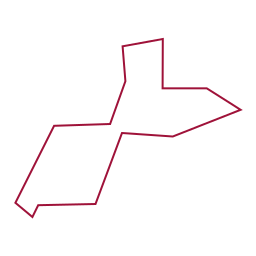 an SVG outline of Stoney Ground
{"feature_id": "AIA-5123", "entity_name": "Stoney Ground", "entity_type": "District", "adm_level": 1, "iso_a3": "AIA", "parent_name": "Anguilla", "parent_adm1": "", "projection": "albers", "projection_center": [-63.024, 18.252], "detail": "fine", "context": "isolated", "style": "outline", "palette": "rose", "viewbox_px": 256, "rotation_deg": 0, "n_neighbors": 0, "source": "natural_earth", "source_scale": "10m", "svg_char_len": 296}
<svg xmlns="http://www.w3.org/2000/svg" viewBox="0 0 256 256"><path d="M122.6,46.3L162.8,39.0L162.6,88.3L206.7,88.3L240.6,109.8L172.8,136.5L122.0,133.0L95.5,204.0L38.2,205.2L32.4,217.0L15.4,202.8L54.1,125.8L110.1,124.0L125.4,81.2L122.6,46.3Z" fill="none" stroke="#9f1239" stroke-width="2"/></svg>